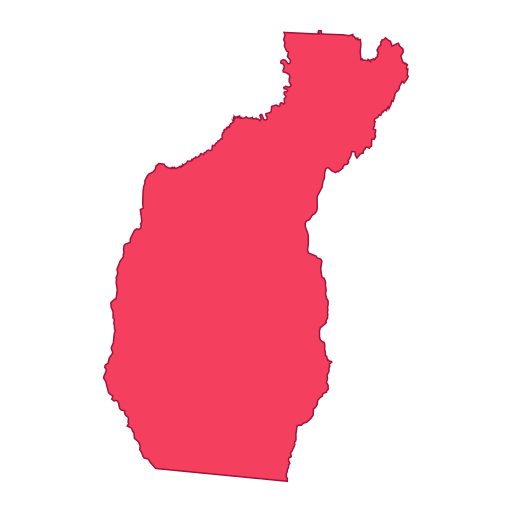 Tierralta, Córdoba, Colombia (Natural Earth projection)
{"feature_id": "7082276B15762794727081", "entity_name": "Tierralta", "entity_type": "district", "adm_level": 2, "iso_a3": "COL", "parent_name": "Colombia", "parent_adm1": "Córdoba", "projection": "natural_earth1", "projection_center": [-76.048, 7.85], "detail": "fine", "context": "isolated", "style": "filled", "palette": "rose", "viewbox_px": 512, "rotation_deg": 0, "n_neighbors": 0, "source": "geoboundaries", "source_scale": "gbopen_adm2", "svg_char_len": 5998}
<svg xmlns="http://www.w3.org/2000/svg" viewBox="0 0 512 512"><path d="M108.6,392.7L109.6,393.9L112.6,395.7L112.4,397.8L111.7,399.1L114.1,401.0L115.6,400.4L117.3,400.9L118.9,403.5L118.8,404.9L119.7,408.5L121.3,410.1L124.5,410.7L125.0,414.4L126.5,416.1L127.3,416.3L128.4,418.0L128.1,422.3L128.7,423.7L127.2,426.0L131.4,428.0L132.8,431.7L133.9,432.5L134.4,438.3L138.5,441.9L140.2,445.9L139.8,449.5L141.8,452.8L142.9,456.3L144.3,458.0L148.2,459.0L150.7,462.9L155.8,468.5L287.3,481.3L287.4,478.5L286.3,476.8L286.4,473.5L287.2,471.9L287.4,469.4L288.4,467.9L288.7,464.7L289.8,463.4L288.6,460.4L288.6,458.9L289.3,457.3L290.5,457.3L291.3,456.4L290.5,452.7L291.9,451.3L294.7,445.0L294.6,441.9L295.5,441.2L296.0,439.5L295.9,434.0L297.0,426.3L297.7,425.3L301.5,425.2L303.0,423.4L306.8,422.1L311.0,418.3L313.2,415.0L313.5,408.7L315.1,407.8L317.1,404.8L317.7,400.3L320.4,397.3L322.3,396.2L322.8,393.7L326.6,392.1L326.5,391.0L328.2,389.4L328.1,385.3L326.4,382.3L327.6,378.8L327.0,375.4L329.0,371.3L329.0,368.1L329.7,366.8L329.4,364.0L331.8,362.0L331.1,361.3L329.5,361.2L328.3,360.0L328.0,360.4L327.3,359.6L326.7,356.3L325.5,355.5L325.3,351.8L324.6,349.2L324.8,345.1L324.1,342.3L322.6,341.8L320.2,339.8L319.5,336.6L319.5,331.2L320.3,327.7L326.0,323.1L326.3,322.3L325.8,321.0L327.5,318.1L327.8,313.9L327.4,312.7L327.9,309.7L327.5,307.2L328.1,304.9L328.1,300.9L326.6,298.3L325.5,293.9L326.2,290.1L325.4,285.3L325.6,282.1L324.2,278.3L322.3,277.5L321.8,276.5L320.7,268.6L321.9,261.2L321.0,259.4L319.8,258.6L317.5,258.3L315.9,256.0L308.6,253.1L307.5,249.8L308.3,244.2L308.3,236.1L307.8,233.4L305.3,226.7L305.2,223.3L306.3,221.2L309.5,219.6L311.6,216.2L313.1,214.4L314.6,213.9L316.7,210.9L317.2,208.2L317.1,196.6L322.0,187.2L323.0,181.2L324.3,178.6L324.8,172.1L325.9,168.7L327.2,167.8L328.5,167.8L331.6,170.7L335.6,172.6L336.8,171.5L338.3,171.7L342.9,168.0L342.8,167.1L344.3,164.9L347.5,164.1L348.7,161.9L348.2,160.6L350.6,156.3L351.9,151.5L355.0,151.9L355.3,155.2L357.0,158.1L360.3,153.8L363.2,153.1L363.5,150.6L365.2,148.9L365.7,147.4L367.0,147.2L369.4,148.2L370.1,146.9L371.5,146.2L371.7,139.4L374.3,139.1L375.6,136.3L374.8,134.1L375.7,131.1L375.6,129.9L373.2,129.1L374.6,125.3L374.5,123.5L375.2,121.6L374.4,121.1L374.4,120.1L375.0,118.7L377.8,117.4L378.8,115.1L380.7,115.4L382.3,111.9L383.0,112.1L384.5,110.2L385.3,110.0L386.4,110.7L387.9,106.7L388.8,107.5L389.0,108.6L391.0,104.3L391.7,100.8L393.0,101.5L394.8,95.8L394.7,94.5L396.0,92.2L397.0,90.9L397.7,91.0L399.4,88.3L399.4,86.6L402.2,81.3L404.0,83.1L406.9,79.2L408.3,76.2L407.2,75.2L407.8,69.0L406.7,69.4L406.6,68.9L406.6,66.8L407.4,64.5L406.1,64.1L405.7,63.2L404.4,63.6L403.9,62.7L403.2,62.7L402.1,60.3L400.9,56.0L403.2,52.0L403.0,49.1L399.4,45.8L398.7,43.8L398.2,43.2L397.1,43.6L392.0,46.1L390.4,41.2L388.6,40.5L385.8,38.1L385.4,37.9L383.8,39.6L381.9,40.0L382.0,40.6L380.8,42.0L381.0,44.9L380.5,44.9L380.0,46.0L379.3,46.1L377.9,48.4L377.6,49.9L377.2,49.8L377.1,50.9L378.4,52.8L377.4,54.8L377.5,56.5L375.9,57.8L374.7,59.8L374.1,59.9L373.6,58.8L370.5,60.0L370.5,61.6L368.1,59.4L367.8,60.5L363.0,60.1L362.0,58.7L360.9,59.6L360.2,51.4L360.9,44.8L360.4,39.5L358.0,39.8L357.9,38.2L356.2,38.3L356.0,39.0L354.0,36.5L352.8,36.3L352.8,34.4L349.2,35.7L342.9,34.8L321.4,34.0L321.3,30.8L318.6,30.7L318.1,32.6L319.5,33.4L319.0,34.1L284.0,32.4L285.1,35.3L283.8,39.0L283.8,40.2L285.0,42.5L284.3,45.9L286.5,50.9L288.5,52.1L287.4,56.5L290.2,60.0L290.4,61.9L289.7,63.4L288.0,63.8L285.4,60.2L283.1,59.7L281.1,60.8L280.7,62.6L281.2,63.4L283.1,63.8L284.2,65.8L284.3,66.8L283.0,70.6L283.3,71.9L285.8,72.5L289.4,74.8L290.0,77.1L289.2,78.6L289.2,81.8L291.2,85.1L290.7,86.1L288.6,87.3L285.8,86.2L283.8,87.4L284.1,88.8L286.7,89.3L287.6,90.9L286.6,91.8L284.5,91.8L284.0,92.6L284.2,94.1L285.9,96.2L285.8,97.2L284.1,98.9L284.6,103.4L283.5,104.1L281.6,102.7L280.8,102.9L280.1,103.7L280.0,105.7L279.0,106.4L276.1,105.0L271.6,106.5L271.3,110.7L270.3,112.5L265.9,113.7L265.8,115.1L267.3,117.7L266.9,119.2L265.7,120.1L263.9,119.6L261.9,114.9L261.1,114.3L259.9,115.5L261.1,119.0L260.0,120.8L258.4,119.1L256.7,119.2L256.2,118.2L254.1,119.0L252.8,118.7L252.3,117.3L250.4,118.2L251.0,118.6L247.5,118.0L246.2,116.8L244.3,118.1L240.4,118.3L240.0,117.6L240.6,117.2L239.2,117.0L239.3,116.4L238.2,117.5L237.9,116.5L237.0,117.4L235.9,116.9L235.2,117.8L234.4,116.7L234.5,117.8L233.5,117.4L233.4,118.2L234.6,118.8L233.8,119.4L234.1,120.6L233.6,121.0L232.9,120.5L233.4,121.7L231.4,123.7L230.7,123.7L230.3,125.0L229.6,125.3L229.6,126.8L228.6,126.8L228.6,127.4L227.9,127.1L227.5,127.8L226.8,127.5L226.1,129.4L224.8,129.3L223.9,130.3L224.0,131.8L222.8,132.9L222.0,135.4L222.3,138.6L221.3,138.6L219.0,140.8L218.1,140.8L217.6,142.2L215.9,143.3L214.4,145.8L212.4,145.4L211.9,149.7L210.1,150.7L208.6,150.1L207.1,150.6L205.7,152.4L204.5,152.5L203.6,154.5L200.7,153.6L199.8,155.5L197.6,157.4L195.5,157.0L195.1,158.0L193.6,158.5L193.1,159.5L191.9,159.3L191.9,160.2L191.5,160.0L190.8,161.2L187.5,161.1L186.7,163.0L183.4,165.1L182.6,164.5L182.6,165.8L181.6,166.0L181.9,166.4L181.0,167.2L180.8,166.5L179.7,166.4L178.2,167.7L177.8,167.5L175.9,168.6L174.4,167.4L174.1,168.3L173.1,168.5L173.2,167.6L172.2,167.2L170.9,168.6L170.3,168.0L168.7,168.1L165.3,166.1L164.0,164.2L158.7,163.5L157.4,165.2L156.3,165.4L155.2,169.5L152.9,172.1L149.3,173.8L147.6,175.4L144.9,180.6L144.9,183.3L143.8,186.2L143.1,191.2L142.7,203.7L143.3,207.7L142.6,208.6L140.3,209.5L141.8,220.5L141.4,222.7L140.5,224.0L141.1,225.2L141.0,227.5L139.3,229.4L136.4,228.9L134.4,230.5L130.3,238.8L130.2,242.4L125.3,244.2L124.1,245.4L123.5,249.9L124.1,252.6L123.2,254.6L123.4,256.7L120.1,261.3L117.0,269.3L117.8,273.3L116.1,277.8L116.5,278.7L116.2,282.7L117.3,289.5L116.1,298.8L114.3,299.4L110.9,302.7L111.2,307.4L113.1,311.7L113.0,317.7L114.3,319.3L113.8,323.8L114.3,324.9L114.6,329.4L115.3,330.7L114.3,333.5L113.3,343.1L111.3,347.5L111.6,349.9L112.6,351.6L112.6,353.3L109.2,358.1L108.0,363.4L105.5,364.8L105.0,365.9L104.7,367.4L106.2,369.2L106.2,371.1L103.9,376.3L103.7,378.3L105.8,381.6L108.6,392.7Z" fill="#f43f5e" stroke="#9f1239" stroke-width="1.5"/></svg>